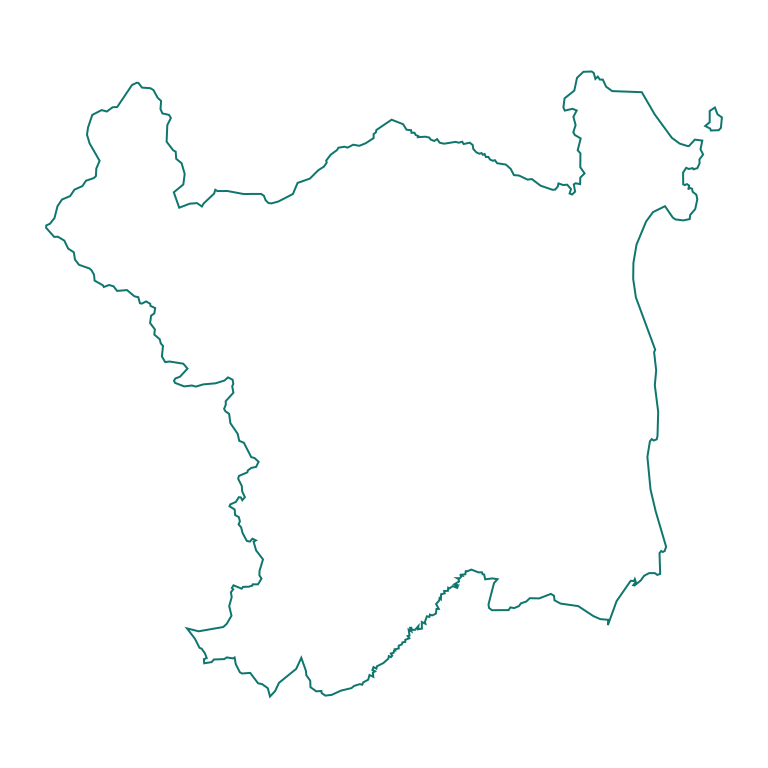 Lang Suan, Chumphon, Thailand (orthographic projection)
{"feature_id": "78962969B12315134210543", "entity_name": "Lang Suan", "entity_type": "district", "adm_level": 2, "iso_a3": "THA", "parent_name": "Thailand", "parent_adm1": "Chumphon", "projection": "orthographic", "projection_center": [99.044, 9.933], "detail": "fine", "context": "isolated", "style": "outline", "palette": "teal", "viewbox_px": 768, "rotation_deg": 0, "n_neighbors": 0, "source": "geoboundaries", "source_scale": "gbopen_adm2", "svg_char_len": 6078}
<svg xmlns="http://www.w3.org/2000/svg" viewBox="0 0 768 768"><path d="M46.3,225.4L46.1,227.8L54.2,236.9L57.8,236.7L64.3,240.6L68.2,248.6L73.8,252.3L75.0,259.6L79.0,264.8L89.5,268.5L91.5,270.3L94.0,274.6L94.6,280.6L102.9,285.3L103.8,287.0L109.1,285.0L113.5,286.3L117.1,290.9L127.0,290.1L134.4,296.3L138.3,297.2L139.9,303.2L141.9,303.6L146.1,301.4L150.2,303.8L150.5,305.9L155.2,308.1L154.3,313.4L151.1,315.7L150.1,323.1L154.9,329.4L154.3,334.6L159.7,339.2L160.8,343.4L163.0,345.9L161.9,356.5L165.2,362.1L169.5,361.5L183.3,363.7L187.5,368.6L180.0,376.7L175.3,378.5L174.0,380.8L175.1,382.9L184.2,386.4L191.9,385.5L195.9,386.6L203.2,384.4L215.6,383.3L224.5,380.5L228.0,377.4L232.6,379.7L233.3,383.9L232.2,386.3L233.4,392.7L225.7,401.2L225.8,404.6L224.1,408.9L225.5,411.4L229.1,413.8L230.4,423.2L237.7,433.9L239.2,440.8L243.9,442.8L251.2,457.1L254.5,458.0L258.6,461.8L256.1,466.9L251.2,467.9L247.9,470.4L247.3,472.4L238.9,475.9L238.2,478.8L241.8,486.0L242.2,491.4L244.9,497.2L242.3,500.2L240.8,497.4L238.8,497.2L235.9,501.9L230.3,504.4L229.5,506.3L234.7,509.5L235.1,515.0L238.8,517.1L239.9,521.3L238.6,524.5L241.1,527.3L242.6,533.1L246.8,540.9L249.9,541.6L252.4,538.7L255.9,540.4L253.6,541.7L256.1,550.4L263.0,559.4L259.5,571.0L259.4,575.4L261.5,578.6L258.0,584.3L252.7,584.3L252.3,585.6L248.8,586.7L243.0,586.9L241.7,588.7L233.5,585.3L231.9,588.0L233.2,589.3L230.9,592.3L231.7,597.1L229.2,606.1L231.5,615.7L226.7,623.9L223.3,627.0L198.6,631.3L187.0,628.4L194.9,638.7L199.5,647.8L201.7,648.7L205.0,653.5L206.7,658.1L203.9,659.2L204.2,663.3L211.7,662.1L213.8,659.5L224.2,659.1L226.8,657.4L232.8,658.4L234.6,657.5L235.8,664.2L239.8,672.2L242.0,673.5L250.2,672.9L258.1,683.3L262.1,684.1L267.8,688.2L270.0,696.5L275.1,691.1L279.0,682.8L296.2,668.9L301.3,657.8L306.0,671.1L306.3,675.2L310.2,680.7L310.5,687.2L316.2,691.3L321.4,691.0L321.6,693.0L325.3,695.6L331.6,694.9L341.0,690.6L351.5,688.1L354.1,685.9L359.9,684.1L362.2,684.7L363.3,682.3L368.2,679.7L369.5,675.0L373.3,676.8L372.8,672.8L375.1,671.3L372.4,670.0L373.5,667.1L376.4,668.6L376.9,666.3L383.3,663.1L388.4,658.6L388.8,656.1L391.0,657.1L392.2,655.7L390.9,653.5L393.6,652.8L394.0,650.8L395.3,650.6L394.7,649.3L398.7,648.5L398.7,645.7L401.8,644.4L402.5,642.3L405.2,642.0L405.3,639.8L409.3,638.3L407.7,636.1L409.5,635.6L408.7,629.7L411.3,631.3L410.1,627.8L411.3,627.7L412.0,629.9L415.1,629.8L418.4,626.0L418.0,629.3L421.9,628.6L421.8,622.0L425.4,623.7L424.9,621.9L426.9,616.3L429.4,616.9L429.9,614.6L432.1,615.4L434.7,614.3L435.9,613.5L436.5,609.0L438.8,608.9L436.1,604.0L439.2,600.5L439.6,598.1L440.9,599.2L441.1,594.3L444.7,593.3L444.1,591.1L447.9,590.8L448.2,587.7L449.5,588.4L452.8,586.1L457.2,587.9L457.7,586.6L456.1,585.7L457.5,585.1L454.5,584.2L459.0,581.5L458.7,579.2L457.1,578.2L459.7,578.3L461.1,576.8L460.7,575.5L462.3,575.7L461.5,574.7L465.3,574.3L465.9,570.3L466.1,571.7L471.4,569.6L478.2,572.3L482.0,572.3L482.6,574.2L484.1,574.5L485.2,579.3L492.5,578.4L497.5,579.2L494.0,583.1L488.5,604.4L489.0,607.9L491.9,610.2L508.6,610.1L510.4,607.4L514.1,608.1L518.9,606.1L521.0,603.3L526.2,601.6L529.8,598.2L539.2,598.4L550.9,593.9L554.0,595.8L554.5,600.3L560.6,603.6L578.2,606.1L593.4,616.1L600.2,619.1L608.2,619.8L607.9,625.1L616.6,601.1L630.7,580.8L633.9,581.0L634.8,579.1L635.8,582.0L633.3,585.2L634.5,585.5L640.7,580.5L644.1,575.8L649.1,573.1L654.8,573.1L657.3,574.9L660.2,573.9L659.5,553.2L661.2,551.0L662.8,552.0L664.7,551.0L666.1,546.7L655.7,511.4L650.5,489.4L647.4,456.9L649.9,441.4L651.7,439.1L653.8,440.5L656.7,439.3L657.5,435.9L658.2,411.9L654.8,385.1L656.2,370.5L654.1,352.2L655.2,349.7L635.9,297.4L633.2,279.1L633.4,263.0L636.5,244.7L646.1,221.5L653.0,212.1L665.0,206.2L672.8,217.6L675.4,219.4L683.2,220.4L689.7,219.1L690.2,214.9L695.2,209.1L697.3,199.4L696.4,194.8L692.6,191.7L692.1,188.8L689.7,187.8L688.3,189.5L689.1,185.5L686.9,184.1L684.8,185.1L683.2,184.3L683.1,172.6L686.2,167.8L688.7,169.0L692.6,168.1L693.5,169.3L697.4,168.1L699.6,163.2L699.4,159.5L703.1,154.5L700.5,149.3L702.3,140.6L694.9,139.6L688.9,146.1L687.4,146.0L679.7,143.6L671.8,137.8L654.7,114.4L641.8,92.2L612.2,91.1L606.1,86.7L602.8,79.6L599.9,79.6L597.8,76.6L595.4,78.9L593.8,73.1L591.7,71.5L583.4,71.8L577.0,77.9L574.3,90.6L564.6,98.3L563.4,107.4L564.8,110.6L572.6,108.8L576.7,110.5L573.4,116.8L575.6,125.1L573.3,132.2L574.8,135.0L580.7,138.4L577.7,150.3L580.4,153.3L580.3,167.3L584.6,173.4L580.3,177.6L580.1,184.1L575.5,183.3L573.8,184.4L575.1,191.7L572.1,194.5L569.6,193.5L571.0,189.1L567.2,184.7L563.0,185.0L558.5,183.4L557.8,186.5L555.2,189.6L552.6,189.8L540.6,185.7L531.9,179.1L527.5,179.6L518.9,175.5L513.9,175.1L510.7,168.9L505.9,164.6L497.1,163.2L494.9,160.2L492.9,160.8L490.0,159.5L488.4,156.9L485.9,157.0L484.6,154.0L482.9,154.8L481.6,153.1L479.3,153.7L476.3,152.3L473.3,149.0L472.7,145.0L469.8,142.7L463.6,144.0L462.2,141.7L458.8,142.7L455.5,141.9L444.1,143.7L439.7,142.7L437.1,139.1L434.3,141.0L430.6,139.5L429.3,137.6L425.4,136.7L417.9,137.2L418.2,136.0L415.8,135.1L414.4,132.7L411.5,132.8L411.1,130.2L406.5,129.7L403.1,124.2L391.6,119.7L376.4,130.0L375.8,132.4L373.6,134.1L373.6,138.1L365.6,143.3L359.3,145.8L353.2,144.7L347.6,147.6L344.6,146.7L338.4,147.7L337.1,150.0L330.7,154.7L326.2,160.6L326.7,162.6L324.1,166.5L318.2,170.3L309.9,178.6L297.6,182.9L292.9,194.0L278.4,201.5L271.4,203.4L268.4,203.0L265.6,200.2L263.9,195.8L261.1,193.9L243.5,194.0L227.4,191.0L217.5,191.1L215.3,189.8L214.1,193.6L203.7,203.4L201.9,206.5L197.0,203.1L189.7,203.7L179.2,207.7L173.8,192.3L183.3,184.5L184.7,174.0L181.6,163.2L176.2,158.8L175.7,151.7L173.2,150.3L166.6,141.7L167.3,125.1L170.9,118.0L169.0,114.9L162.4,113.4L160.5,109.1L161.1,101.0L157.6,97.7L153.5,90.1L150.4,88.2L142.0,87.6L138.5,83.0L136.9,82.7L132.0,85.0L117.2,107.0L112.5,107.3L106.9,111.5L101.6,110.1L92.3,114.9L88.0,127.6L87.0,134.7L89.6,143.4L99.6,160.8L96.3,168.6L95.9,176.1L93.8,178.1L86.0,180.7L82.4,186.1L74.5,189.6L70.1,196.1L62.0,199.5L57.5,206.2L54.5,218.0L49.9,223.8L46.3,225.4ZM720.9,127.9L721.9,117.4L717.5,114.3L714.9,107.5L709.7,111.0L709.7,122.2L705.2,126.0L710.2,128.6L710.9,130.5L718.7,130.2L720.9,127.9Z" fill="none" stroke="#0f766e" stroke-width="2"/></svg>